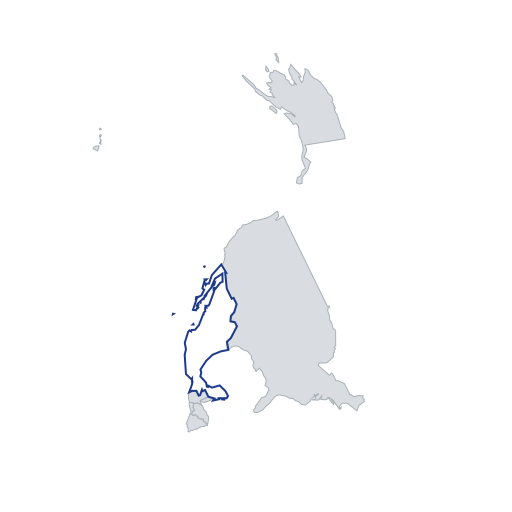 Mexico highlighted, Robinson projection, rotated 64°
{"feature_id": "MEX", "entity_name": "Mexico", "entity_type": "country or territory", "adm_level": 0, "iso_a3": "MEX", "parent_name": "North America", "parent_adm1": "", "projection": "robinson", "projection_center": [-103.635, 23.63], "detail": "medium", "context": "with_neighbors", "style": "outline", "palette": "blue", "viewbox_px": 512, "rotation_deg": 64, "n_neighbors": 6, "source": "natural_earth", "source_scale": "50m", "svg_char_len": 7371}
<svg xmlns="http://www.w3.org/2000/svg" viewBox="0 0 512 512"><g transform="rotate(64 256 256)"><path d="M232.0,213.9L332.9,213.9L332.9,212.1L334.1,212.1L334.9,214.7L336.0,215.4L342.4,216.4L346.0,217.9L348.9,217.3L354.7,218.4L357.9,217.1L371.4,223.6L371.8,224.8L372.8,225.3L372.6,225.7L374.3,225.4L375.4,227.2L377.0,227.8L376.6,228.6L380.7,230.8L383.1,239.0L380.0,246.0L380.5,247.2L381.9,247.9L395.5,242.3L394.3,239.5L396.0,238.8L403.1,238.8L404.1,236.9L409.6,232.4L422.2,232.3L422.4,231.2L425.0,230.2L426.5,224.6L428.7,221.1L430.2,222.3L432.5,221.5L434.4,222.8L435.5,229.1L439.4,233.2L428.4,238.5L426.3,242.3L426.6,244.8L428.2,247.3L429.8,247.4L429.2,245.7L430.5,246.7L430.4,248.1L419.6,250.0L416.6,251.4L422.1,250.5L423.3,251.4L418.1,252.8L415.7,252.8L415.7,252.2L414.7,253.5L415.9,253.7L415.5,257.1L413.1,260.7L412.7,259.5L410.4,258.1L411.5,260.6L412.5,261.5L412.8,263.2L409.9,268.8L410.4,265.4L408.3,263.6L407.4,259.7L406.9,261.8L408.0,264.7L405.4,264.0L408.2,265.5L408.8,270.0L410.0,270.3L411.6,276.7L409.4,280.2L405.5,281.6L403.1,284.3L401.1,284.6L399.3,286.4L398.8,288.0L394.7,291.0L390.9,296.1L390.5,299.4L391.5,302.7L395.0,310.1L395.1,312.2L397.3,317.6L397.3,322.7L396.4,325.5L395.2,326.1L393.2,325.6L392.5,323.5L390.9,322.4L385.8,312.9L386.4,309.7L385.2,307.1L381.9,303.2L380.3,302.5L376.3,304.6L373.6,302.2L371.0,301.0L366.5,301.6L362.9,301.1L358.3,302.1L359.0,303.4L359.0,305.3L359.9,306.2L359.2,306.9L357.7,306.2L356.2,307.1L353.3,306.9L350.2,304.4L346.7,305.0L343.8,303.9L337.9,305.4L334.3,308.9L330.4,310.9L328.2,313.1L327.3,315.3L327.3,318.5L328.3,322.4L326.8,322.6L320.7,320.0L318.6,314.5L316.2,311.8L312.8,305.8L309.9,303.9L306.7,304.0L304.1,307.8L300.8,306.3L298.7,304.9L296.4,299.9L290.6,294.6L283.7,294.6L283.7,296.6L272.6,296.6L257.6,291.0L258.0,290.0L248.5,290.9L247.9,288.5L245.4,285.8L243.6,285.2L243.2,283.9L241.0,283.6L239.7,282.3L236.0,281.9L235.1,281.1L234.7,278.5L231.3,273.8L228.5,267.2L228.7,266.2L224.4,260.7L224.1,256.8L222.3,254.3L223.5,250.4L223.7,246.4L222.9,242.8L224.7,238.4L226.5,229.9L226.4,223.8L224.9,217.7L225.4,216.8L230.5,218.3L232.1,222.7L233.1,221.5L232.0,213.9ZM189.6,124.4L177.8,163.4L181.1,163.5L184.0,164.7L188.2,169.5L192.0,167.1L195.7,165.6L197.0,167.9L201.5,171.7L205.5,179.9L210.8,182.7L210.4,185.5L208.1,187.6L203.7,184.5L203.5,180.7L199.8,177.1L198.8,173.0L190.3,172.6L186.6,171.3L180.7,166.7L172.3,164.4L167.6,164.7L158.3,161.0L154.4,161.9L154.0,164.8L148.0,166.0L140.5,168.4L140.9,165.8L143.9,161.6L147.9,160.3L147.4,159.3L142.3,161.6L139.0,164.5L133.1,167.6L134.8,169.7L130.5,172.9L122.3,176.0L120.8,178.0L114.6,180.3L112.7,182.3L107.9,184.2L105.7,183.9L94.4,188.1L87.9,189.4L87.6,188.6L100.9,182.8L105.3,182.3L107.8,180.5L113.5,177.8L117.7,175.4L119.6,172.1L122.2,169.5L117.9,170.8L117.1,170.0L114.6,171.6L113.3,169.4L111.8,171.0L111.3,168.8L107.3,170.6L105.2,170.6L106.0,167.9L107.2,166.3L105.7,164.8L101.0,165.6L97.3,162.6L98.4,160.2L96.8,158.3L99.2,155.9L103.0,153.5L105.1,151.4L107.9,151.0L109.8,151.7L113.3,149.7L115.5,150.0L118.5,148.7L118.8,146.8L117.3,146.0L120.4,144.4L114.7,145.4L113.3,146.3L111.2,145.4L106.5,145.8L102.3,144.8L101.8,143.1L99.0,140.8L112.4,137.1L114.9,137.1L113.5,139.1L120.2,139.0L118.9,136.5L115.9,134.9L112.6,131.2L109.1,129.9L111.9,127.7L117.4,127.6L122.2,125.8L123.9,123.8L128.0,121.9L137.7,119.8L140.3,120.1L145.9,118.0L150.0,118.8L151.3,120.6L152.9,119.8L157.9,120.0L157.2,120.9L161.5,121.6L164.7,121.2L178.2,123.3L182.4,122.6L189.6,124.4ZM83.4,148.7L85.0,149.5L87.2,149.0L92.1,150.7L88.7,152.1L85.9,150.4L82.9,150.6L82.4,150.3L83.4,148.7ZM89.8,349.8L92.1,352.5L88.2,355.3L87.3,354.6L86.9,351.6L87.9,350.3L88.0,348.9L89.8,349.8ZM87.7,346.5L85.9,347.4L84.8,345.8L85.2,345.4L87.7,346.5ZM84.7,344.6L84.5,345.1L82.4,345.0L82.7,344.4L84.7,344.6ZM79.7,342.0L81.1,343.9L80.9,344.2L79.2,343.9L78.6,342.7L79.7,342.0ZM74.5,339.7L73.9,341.3L72.6,340.4L73.6,339.6L74.5,339.7ZM93.4,163.1L95.8,163.5L95.4,165.1L93.0,165.8L89.7,163.8L93.4,163.1ZM133.6,173.6L135.8,173.9L136.8,175.3L129.1,179.1L127.8,177.9L128.0,175.9L133.6,173.6Z" fill="#d9dde1" stroke="#a8b0b8" stroke-width="1"/><path d="M385.0,393.0L384.0,394.0L380.7,392.3L379.8,392.9L377.0,391.7L376.4,392.3L368.2,383.7L368.6,382.9L369.3,383.6L370.9,383.1L372.0,382.0L371.9,379.7L373.7,379.6L374.6,378.3L375.8,379.3L378.4,376.8L379.4,374.8L381.3,375.6L385.3,373.7L386.7,373.8L386.2,375.3L386.6,377.0L385.3,380.5L385.6,386.0L385.0,386.4L384.9,389.7L384.1,390.9L385.0,393.0Z" fill="#d9dde1" stroke="#a8b0b8" stroke-width="1"/><path d="M386.7,373.8L385.3,373.7L381.3,375.6L379.4,374.8L378.4,376.8L375.8,379.3L374.6,378.3L373.7,379.6L371.9,379.7L372.0,382.0L369.6,383.3L368.9,381.8L367.6,381.4L367.9,379.5L367.3,379.0L364.6,379.2L361.1,376.5L361.9,375.3L361.9,373.5L367.0,369.7L371.1,370.2L374.8,369.0L377.1,369.6L379.0,369.1L381.5,369.8L386.7,373.8Z" fill="#d9dde1" stroke="#a8b0b8" stroke-width="1"/><path d="M361.1,376.5L364.6,379.2L366.4,378.7L367.9,379.5L367.2,382.5L363.3,382.0L359.2,380.8L358.1,379.8L360.3,377.3L360.1,376.8L361.1,376.5Z" fill="#d9dde1" stroke="#a8b0b8" stroke-width="1"/><path d="M349.2,376.0L349.7,373.5L349.1,372.6L351.1,368.7L356.4,368.7L356.4,367.1L352.2,363.1L354.0,363.1L354.0,360.5L361.6,360.5L361.5,369.6L365.6,370.3L361.9,373.5L361.9,375.3L361.1,376.5L360.1,376.8L360.3,377.3L358.1,379.8L353.3,378.8L349.2,376.0Z" fill="#d9dde1" stroke="#a8b0b8" stroke-width="1"/><path d="M361.5,369.6L362.1,359.6L362.9,360.2L364.3,357.3L365.9,358.0L365.0,366.5L362.7,369.6L361.5,369.6Z" fill="#d9dde1" stroke="#a8b0b8" stroke-width="1"/><path d="M248.4,290.9L258.0,290.1L257.5,291.0L272.5,296.6L283.8,296.6L283.8,294.5L290.8,294.5L296.9,300.1L299.0,304.9L303.5,307.6L306.1,304.1L310.8,303.9L318.7,314.5L320.3,319.7L328.3,322.0L326.3,329.4L325.7,338.3L328.4,346.8L333.7,355.7L336.8,356.3L339.8,358.8L348.0,356.4L351.8,357.4L352.8,356.6L352.1,355.4L355.0,353.2L356.4,345.4L364.0,342.7L369.5,342.5L371.0,344.7L367.4,351.9L368.5,352.1L367.1,357.9L365.9,355.7L361.6,360.5L354.1,360.5L354.1,363.1L352.4,363.1L356.5,367.2L356.4,368.7L351.1,368.7L349.2,372.5L349.2,375.9L345.3,371.7L342.1,368.8L340.2,367.7L341.8,369.0L338.0,367.1L338.5,368.1L331.4,370.7L313.5,363.4L309.1,359.8L302.8,358.1L294.5,350.3L293.7,348.3L295.4,347.4L294.3,346.3L295.6,343.1L293.2,337.7L285.2,329.0L286.3,328.9L284.5,328.3L283.2,326.1L284.1,326.2L280.1,324.3L280.7,323.1L278.7,323.1L279.8,320.6L279.2,319.3L267.8,307.5L267.5,306.3L264.4,299.8L264.5,297.3L257.1,293.9L258.3,302.8L264.9,310.3L268.8,318.6L269.1,317.6L269.9,318.5L273.5,329.6L274.6,330.8L275.1,329.6L278.5,333.7L276.8,336.3L267.7,327.3L267.4,322.2L263.6,317.3L261.7,318.4L256.2,313.6L260.0,313.9L259.2,312.7L260.1,310.3L253.8,304.0L248.4,290.9ZM266.7,306.7L267.3,308.7L266.3,308.3L266.7,306.7ZM263.8,307.4L262.4,306.2L262.1,304.9L263.6,306.2L263.8,307.4ZM370.4,348.7L370.3,347.8L371.1,347.4L371.2,347.5L370.4,348.7ZM267.8,328.7L266.8,327.5L267.4,325.2L267.2,327.3L267.8,328.7ZM255.7,311.5L254.8,311.9L255.3,310.6L255.7,311.5ZM243.3,307.9L242.7,307.1L242.9,306.7L243.1,306.8L243.3,307.9ZM268.6,328.7L269.2,329.6L268.0,328.7L268.6,328.7ZM290.2,342.2L289.9,342.8L289.7,342.1L290.2,342.2ZM273.8,326.3L274.0,327.0L273.3,326.1L273.8,326.3ZM271.5,321.6L271.8,321.9L271.3,322.6L271.5,321.6ZM271.8,355.5L271.9,356.2L271.5,355.9L271.8,355.5ZM351.2,356.2L350.6,356.4L351.7,356.0L351.2,356.2ZM277.0,330.4L276.6,330.3L276.6,329.6L277.0,330.4Z" fill="none" stroke="#1e3a8a" stroke-width="2"/></g></svg>